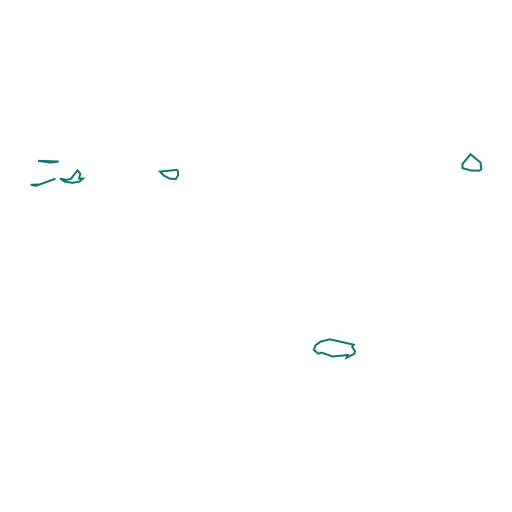 SVG path tracing the border of Dependencias Federales
{"feature_id": "VEN-44", "entity_name": "Dependencias Federales", "entity_type": "Federal Dependency", "adm_level": 1, "iso_a3": "VEN", "parent_name": "Venezuela", "parent_adm1": "", "projection": "orthographic", "projection_center": [-66.343, 11.477], "detail": "coarse", "context": "isolated", "style": "outline", "palette": "teal", "viewbox_px": 512, "rotation_deg": 0, "n_neighbors": 0, "source": "natural_earth", "source_scale": "10m", "svg_char_len": 712}
<svg xmlns="http://www.w3.org/2000/svg" viewBox="0 0 512 512"><path d="M329.8,339.3L353.7,344.7L352.1,346.8L355.0,351.0L354.4,353.8L346.6,357.7L347.9,355.0L332.5,356.5L321.5,352.6L318.4,353.7L313.8,349.9L315.7,345.1L320.6,341.6L329.8,339.3ZM470.6,154.3L480.5,162.6L481.3,169.3L479.3,170.7L471.0,170.5L462.5,168.1L462.5,163.9L470.6,154.3ZM160.0,171.6L176.8,169.9L177.9,171.2L178.2,175.1L175.7,179.1L170.0,178.7L163.9,175.7L160.0,171.6ZM79.0,178.5L83.0,178.5L79.3,181.7L72.4,182.8L65.0,181.8L60.1,178.5L66.1,179.9L70.6,179.1L77.6,170.3L80.3,173.8L79.0,178.5ZM38.0,160.8L58.7,161.5L50.5,162.6L38.0,160.8ZM39.5,184.5L55.5,178.7L36.0,185.8L30.7,184.8L39.5,184.5Z" fill="none" stroke="#0f766e" stroke-width="2"/></svg>